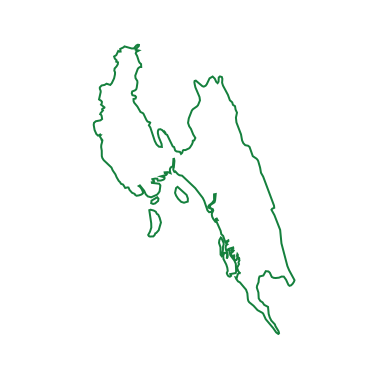 the border of Chittagong, rotated 349°
{"feature_id": "BGD-2476", "entity_name": "Chittagong", "entity_type": "Division", "adm_level": 1, "iso_a3": "BGD", "parent_name": "Bangladesh", "parent_adm1": "", "projection": "orthographic", "projection_center": [91.588, 22.498], "detail": "fine", "context": "isolated", "style": "outline", "palette": "green", "viewbox_px": 384, "rotation_deg": 349, "n_neighbors": 0, "source": "natural_earth", "source_scale": "10m", "svg_char_len": 6072}
<svg xmlns="http://www.w3.org/2000/svg" viewBox="0 0 384 384"><g transform="rotate(349 192 192)"><path d="M272.4,287.3L275.8,298.1L275.0,299.5L273.4,301.2L271.5,302.5L269.8,302.7L268.9,301.5L267.6,296.1L266.0,292.6L263.8,292.1L261.1,292.7L257.6,292.4L255.7,291.8L254.1,290.6L253.0,286.1L251.9,284.6L249.3,283.8L246.1,287.6L242.2,287.8L241.2,289.5L240.1,293.3L237.9,296.6L237.4,298.2L238.0,303.4L237.2,309.2L238.3,312.0L240.2,313.8L241.3,316.5L244.7,319.3L244.0,326.4L244.4,330.0L245.3,333.3L248.1,337.8L248.3,339.5L250.4,345.3L250.5,347.2L249.8,347.8L249.3,347.5L247.8,345.8L245.8,341.2L240.1,330.9L238.7,325.1L238.2,324.2L233.8,320.5L230.7,315.4L227.1,311.1L226.5,309.6L226.4,307.8L227.0,302.0L226.4,298.2L221.8,289.9L220.1,288.5L218.8,285.6L218.5,284.2L219.6,284.7L221.2,281.5L222.6,280.5L224.1,281.1L223.1,280.1L222.3,278.5L221.8,275.0L224.4,271.7L224.1,270.2L225.6,268.0L225.2,267.2L225.7,266.3L225.6,265.6L224.5,264.8L225.0,262.3L224.7,261.6L224.1,262.9L224.7,262.9L223.6,265.9L222.7,267.2L221.3,267.2L220.6,266.1L221.3,262.3L220.7,262.3L220.3,263.8L219.5,263.7L218.5,261.3L218.7,259.4L220.5,258.6L221.8,257.4L221.3,256.8L219.9,257.8L219.3,257.1L219.8,255.8L221.8,255.0L221.8,254.3L217.9,254.7L215.1,255.6L214.3,254.8L214.4,252.7L215.3,250.8L216.8,250.1L216.1,249.2L216.4,248.3L218.4,247.1L218.4,246.4L216.8,246.9L215.6,248.4L214.8,245.4L214.2,241.1L212.7,238.9L212.7,235.6L210.6,226.5L210.5,223.5L211.6,224.0L211.2,222.8L210.4,223.0L209.9,224.1L209.9,225.8L209.3,225.8L207.7,222.4L207.1,220.2L207.1,218.0L207.5,216.7L209.3,214.3L209.2,212.9L207.0,211.2L206.8,209.0L208.2,208.0L212.1,206.4L213.0,204.8L214.9,198.5L213.2,198.5L212.3,203.3L212.4,204.0L209.7,206.5L205.9,208.5L205.3,209.4L205.6,210.8L208.2,212.5L208.2,214.2L206.8,215.2L205.0,215.1L203.7,213.1L202.3,203.0L201.4,199.8L195.9,188.8L185.4,174.1L182.8,173.1L181.4,171.7L179.6,168.7L178.9,169.1L178.4,168.7L177.9,166.6L178.1,165.5L178.8,164.5L180.7,158.1L180.7,156.0L180.1,156.0L178.4,162.3L177.6,163.3L175.8,163.8L174.7,165.3L174.3,167.3L174.5,169.4L172.1,167.9L168.9,167.5L168.9,168.2L170.6,168.7L170.9,169.5L170.0,170.3L164.4,170.7L167.8,172.3L167.6,173.6L166.5,174.4L163.8,174.8L160.6,174.3L160.5,172.3L158.3,171.8L155.5,171.8L155.5,172.3L156.5,173.3L156.9,174.2L156.3,174.9L154.4,174.8L154.4,175.4L161.3,177.6L162.2,179.4L161.9,180.5L160.3,185.2L158.7,186.8L157.1,188.0L150.9,189.4L147.8,187.9L146.2,185.5L145.3,181.7L142.1,175.6L140.9,176.0L142.1,177.2L143.2,179.7L143.8,182.3L143.6,183.9L142.0,184.8L139.3,185.2L136.9,185.1L135.8,184.2L135.3,182.9L133.0,181.3L131.1,178.1L130.5,175.5L129.6,175.2L127.2,175.3L125.8,171.6L123.8,170.3L123.3,168.7L122.2,167.1L120.8,163.1L120.2,160.1L118.3,155.7L117.6,152.6L111.4,143.9L110.5,141.6L110.3,139.6L111.3,134.2L111.4,130.6L111.9,128.6L113.5,125.3L113.2,123.6L113.7,123.6L112.4,120.7L112.3,119.5L113.2,118.8L112.6,118.6L112.6,118.1L110.6,118.8L109.2,116.9L108.2,112.6L108.3,107.4L109.0,105.4L111.1,104.2L115.8,104.2L117.7,103.2L117.8,99.9L117.4,98.7L116.7,98.1L117.4,97.1L120.1,95.0L119.5,94.0L119.8,93.3L122.0,92.6L122.2,92.2L119.4,88.9L120.1,88.2L120.8,86.4L120.3,85.2L118.4,83.4L121.5,76.3L121.6,75.0L121.2,73.1L121.5,71.7L123.6,70.2L126.6,70.2L128.8,69.4L132.2,71.3L134.0,69.9L137.2,65.6L138.8,61.9L139.3,59.8L138.9,58.1L139.6,56.0L141.9,54.3L143.5,52.5L144.1,50.6L142.5,49.6L143.1,48.4L141.7,46.3L141.4,44.1L143.8,43.2L146.5,39.5L147.6,40.4L148.7,40.5L148.8,37.9L152.5,36.9L153.5,36.2L160.2,39.6L162.2,40.0L165.4,37.5L167.0,37.1L168.0,37.5L167.7,38.5L163.8,41.3L163.8,41.7L166.8,43.0L163.9,43.9L163.2,45.2L164.1,48.1L164.8,53.8L165.3,55.2L166.4,56.7L166.0,59.6L164.7,59.4L163.2,60.0L162.2,60.9L158.5,67.0L158.3,69.5L159.5,72.6L159.3,74.3L157.6,79.1L156.8,80.6L155.3,81.4L152.5,81.9L151.7,83.6L152.0,85.6L154.6,86.8L155.2,88.1L154.4,89.5L152.3,89.6L152.0,91.7L152.3,93.3L154.7,97.7L156.7,103.6L158.8,105.2L159.3,106.0L161.0,112.6L161.8,114.4L163.9,115.5L164.2,116.0L162.4,118.3L163.4,120.7L165.2,134.9L166.3,138.6L168.2,141.2L171.0,142.0L171.3,139.1L169.8,131.6L169.7,127.7L170.2,125.6L171.1,124.3L172.9,124.3L174.5,125.5L176.3,128.5L176.6,127.7L177.1,128.5L177.1,130.0L178.5,131.2L181.8,143.6L183.0,144.5L183.4,148.0L184.5,149.2L187.8,150.3L188.5,152.5L189.8,151.7L191.0,149.5L191.7,149.2L193.5,149.6L197.4,148.6L198.4,148.0L200.9,145.4L202.3,143.3L202.4,142.1L202.8,141.8L204.0,141.8L205.6,139.6L204.2,135.9L203.0,129.8L201.8,127.0L201.3,123.4L202.9,119.1L207.4,112.0L208.7,110.9L213.2,108.9L214.5,107.9L217.3,103.6L217.5,100.2L215.3,89.9L215.2,86.5L215.3,84.6L215.8,83.5L217.0,83.4L222.4,90.1L223.7,90.8L225.6,90.3L227.0,89.1L230.9,83.8L234.3,82.6L236.0,85.1L236.8,88.5L237.9,90.0L239.1,88.8L240.1,84.7L241.5,83.9L243.2,84.8L243.4,86.7L242.4,90.5L242.7,93.4L245.8,103.5L246.7,109.2L248.6,111.7L248.8,114.2L250.6,116.0L250.5,119.4L251.3,122.7L249.3,127.4L248.9,132.2L251.1,144.8L251.0,150.9L251.7,153.9L253.2,156.2L255.9,157.3L257.1,158.8L258.5,168.4L261.7,171.6L262.5,173.0L262.9,174.3L263.5,181.1L263.4,186.3L264.8,190.5L269.9,221.0L269.7,223.2L267.6,223.7L266.6,224.6L268.5,230.5L271.3,246.0L270.0,259.5L271.5,282.9L272.4,287.3ZM152.7,204.5L153.3,206.7L154.5,207.8L155.3,211.0L155.7,216.0L152.0,223.2L149.1,225.4L148.1,225.6L147.1,227.1L145.6,228.2L142.2,227.7L141.3,227.1L140.8,225.8L143.2,222.9L145.3,219.1L146.0,214.8L146.6,201.7L148.0,201.5L150.9,202.9L152.7,204.5ZM217.3,255.6L217.6,261.4L220.5,267.3L221.3,270.8L220.2,278.4L219.4,279.9L213.9,279.9L214.4,281.7L213.4,282.3L212.5,282.2L211.3,281.0L210.7,278.8L210.7,278.1L212.0,276.3L212.2,273.2L211.8,269.7L210.1,263.8L210.5,260.5L212.1,257.9L213.0,258.0L214.2,258.9L214.6,260.1L213.4,264.1L214.6,262.5L215.1,260.4L215.0,258.1L214.5,256.2L217.3,255.6ZM178.8,184.2L186.1,193.8L186.7,197.6L186.0,200.6L182.1,201.0L179.5,199.6L177.1,196.0L175.7,192.5L175.2,189.6L177.1,185.1L178.8,184.2ZM213.3,248.0L213.1,249.5L211.9,251.7L211.3,254.8L209.5,259.6L208.8,260.5L208.1,259.0L209.4,251.7L208.8,247.1L209.7,244.4L211.6,242.2L212.1,242.8L213.3,248.0ZM150.6,192.8L156.9,190.5L157.8,192.2L157.0,194.3L153.6,196.2L151.5,196.3L149.8,195.2L150.6,192.8Z" fill="none" stroke="#15803d" stroke-width="2"/></g></svg>